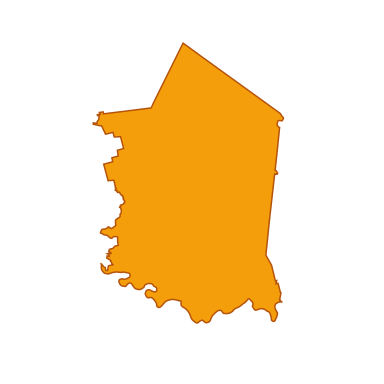 the district of Camargo, Tamaulipas, Mexico, rotated 165°
{"feature_id": "50627088B36916974246303", "entity_name": "Camargo", "entity_type": "district", "adm_level": 2, "iso_a3": "MEX", "parent_name": "Mexico", "parent_adm1": "Tamaulipas", "projection": "orthographic", "projection_center": [-98.799, 26.181], "detail": "fine", "context": "isolated", "style": "filled", "palette": "amber", "viewbox_px": 384, "rotation_deg": 165, "n_neighbors": 0, "source": "geoboundaries", "source_scale": "gbopen_adm2", "svg_char_len": 5952}
<svg xmlns="http://www.w3.org/2000/svg" viewBox="0 0 384 384"><g transform="rotate(165 192 192)"><path d="M162.1,338.1L206.3,287.9L208.2,285.5L209.9,283.8L257.3,290.4L257.0,292.3L260.9,292.8L260.5,290.8L263.4,291.2L263.5,290.3L262.6,290.3L261.9,289.7L262.6,288.4L262.7,287.4L263.1,286.6L264.0,285.6L264.4,285.3L265.5,284.4L265.9,283.0L267.3,283.4L269.5,284.3L269.8,283.0L264.3,280.1L262.2,279.2L260.5,270.2L252.9,270.0L252.9,265.3L246.7,263.9L246.8,251.7L253.3,251.6L254.0,245.8L260.5,245.8L260.8,241.7L270.1,241.7L270.1,224.5L269.3,224.5L264.5,223.6L264.5,220.5L264.7,217.0L264.9,216.5L264.8,215.8L264.4,215.7L264.4,215.3L265.2,214.5L265.6,213.9L265.7,213.5L265.4,213.3L265.2,213.2L264.7,213.3L264.3,213.3L264.1,213.1L264.2,212.8L264.4,212.6L264.5,212.0L264.2,211.4L263.9,210.7L263.5,210.7L263.2,210.8L262.8,210.8L262.0,210.4L261.8,209.8L261.9,209.4L261.9,208.9L261.5,208.6L261.3,207.9L261.2,207.4L260.7,206.8L260.0,206.6L259.9,206.3L260.1,205.5L259.8,205.0L259.9,204.8L260.1,204.6L260.1,204.4L259.8,204.2L259.7,203.9L259.8,203.6L260.1,203.4L260.2,203.0L260.2,202.5L260.2,202.2L259.4,201.4L259.3,201.1L259.4,200.6L259.7,200.2L259.8,199.8L259.7,199.6L259.7,199.1L260.1,199.0L260.4,199.1L260.7,199.0L261.0,198.5L261.6,198.1L262.4,197.8L263.5,197.9L264.3,197.8L264.6,197.6L264.4,197.2L264.4,196.9L264.6,196.6L265.3,196.4L265.7,196.3L265.9,196.1L265.0,194.9L265.0,194.4L265.2,191.6L266.1,189.8L267.3,189.1L267.6,187.3L268.2,186.6L272.8,184.9L273.3,184.2L273.9,182.1L274.1,180.0L274.3,179.5L277.7,177.9L279.7,177.7L280.1,178.0L281.2,179.7L282.0,180.0L283.0,179.3L284.8,178.8L285.6,178.8L288.4,179.2L289.0,178.9L290.8,176.7L291.0,176.1L290.5,175.6L290.0,175.5L288.8,174.3L288.1,173.4L285.8,172.5L285.1,171.9L284.5,171.1L284.0,170.4L283.5,169.4L282.6,168.5L281.8,168.1L281.3,168.1L280.8,168.4L280.5,168.8L280.0,169.0L279.5,169.1L276.4,168.5L275.9,168.3L275.6,168.0L275.5,167.7L276.5,164.0L277.0,160.5L277.0,159.6L280.4,159.7L283.1,158.0L286.6,158.0L288.0,155.7L286.0,154.5L286.3,153.5L289.7,154.2L288.9,153.3L288.6,152.3L288.5,151.4L288.5,151.2L290.6,152.2L291.4,150.1L290.4,149.3L290.1,149.1L290.0,148.8L289.7,148.3L289.4,148.1L288.5,147.2L288.1,146.4L288.5,146.1L288.0,144.8L287.9,143.5L287.7,142.8L287.2,142.3L287.6,142.0L288.1,142.5L288.3,142.5L289.2,142.2L290.7,142.4L291.8,142.3L294.0,137.9L295.7,138.6L295.3,141.5L296.0,141.9L296.4,142.3L297.6,144.8L297.9,145.8L298.3,146.1L298.3,145.4L298.6,144.3L299.1,142.8L299.3,141.9L299.4,141.2L299.2,139.5L298.6,137.9L297.8,136.6L297.3,136.1L296.5,135.6L295.5,135.1L294.3,134.7L293.3,134.5L291.4,134.7L289.8,134.8L286.9,134.5L285.3,134.2L283.3,133.4L281.1,132.6L279.8,132.5L278.6,132.3L274.1,130.1L273.6,129.5L273.3,129.0L273.3,128.6L273.3,127.9L273.4,127.3L273.7,126.7L274.0,126.3L274.4,126.0L275.2,125.7L277.8,125.1L279.2,125.1L280.1,125.3L281.8,126.2L282.8,126.3L283.9,126.3L284.7,126.1L285.3,125.6L285.7,124.9L285.9,124.1L285.7,123.4L285.4,121.4L285.0,120.6L284.7,120.1L284.2,119.6L283.4,119.1L282.3,118.7L281.2,118.1L280.7,118.1L280.1,118.2L278.8,119.2L277.2,120.1L275.9,120.3L275.4,120.2L274.8,119.8L274.0,118.8L273.4,117.0L273.0,115.8L272.4,114.3L271.9,113.6L271.2,112.9L268.4,111.4L267.1,111.3L265.2,111.5L262.9,112.6L262.6,112.8L262.3,113.6L261.5,114.3L260.7,114.6L259.9,114.8L258.9,114.9L257.8,114.9L255.5,114.2L254.4,113.5L253.7,112.4L253.4,111.2L252.8,110.5L251.8,109.7L251.3,109.0L251.0,108.3L251.1,107.5L251.9,105.5L252.4,105.1L253.3,105.0L254.5,105.4L255.9,106.4L257.3,107.6L258.3,108.5L258.9,108.8L259.8,108.9L260.8,108.8L261.5,108.6L262.2,108.0L262.5,107.6L263.2,106.4L263.5,105.8L263.5,105.0L263.3,103.5L262.7,102.1L262.3,101.5L261.6,101.1L260.9,101.0L259.6,101.0L258.5,100.5L257.5,99.4L256.7,98.1L255.8,96.0L255.2,94.0L255.1,93.3L255.2,92.7L255.5,91.5L255.5,91.0L255.2,90.2L254.8,89.7L254.5,89.3L254.1,89.1L253.4,89.0L252.7,89.0L251.0,89.7L246.7,92.6L246.0,92.9L243.5,93.6L242.3,93.6L239.9,93.5L238.8,93.4L235.9,92.2L234.3,91.4L233.6,91.1L233.0,90.3L232.6,90.1L232.1,90.2L231.6,90.1L230.9,89.4L230.8,89.1L230.8,88.6L231.4,87.6L231.6,87.0L231.7,86.2L231.7,85.5L231.6,84.9L230.8,83.5L228.6,81.2L227.9,80.1L226.8,78.1L225.9,75.1L225.7,74.1L225.6,72.1L225.4,70.3L225.0,69.0L224.6,68.2L222.8,65.6L221.9,64.7L221.4,64.4L220.9,64.2L220.5,64.1L219.8,64.3L217.4,65.4L216.0,65.6L215.3,65.5L214.9,65.3L214.5,64.8L214.3,64.3L213.1,62.7L212.5,62.2L212.0,62.0L211.4,61.9L209.3,62.1L208.7,62.3L208.0,62.8L207.3,63.5L206.6,64.6L204.9,66.7L204.2,67.3L201.0,69.2L198.4,70.4L197.4,70.6L195.9,70.5L195.2,70.4L194.5,70.0L194.2,69.6L193.5,67.6L193.3,67.1L192.7,66.5L189.8,65.5L187.8,65.3L186.8,65.3L185.7,65.6L183.8,66.2L181.8,67.6L180.6,68.1L179.2,68.4L176.5,68.8L174.0,69.7L172.2,70.6L169.3,71.6L168.0,72.4L166.0,73.7L165.5,74.1L165.1,74.3L164.4,74.0L164.0,73.5L163.7,72.9L163.3,72.1L162.6,70.9L162.2,70.1L162.0,68.8L162.1,67.7L163.0,66.6L163.1,66.4L163.2,65.9L163.1,65.1L162.8,64.5L162.2,62.4L161.9,61.9L161.0,61.3L160.7,61.3L159.2,61.3L157.3,61.6L155.7,61.5L154.2,61.0L153.5,60.6L152.5,60.0L151.3,58.8L150.2,57.3L149.1,56.7L148.5,55.8L148.0,54.3L148.0,53.4L148.0,51.9L147.9,50.2L148.3,48.4L148.4,47.7L148.1,47.2L147.7,46.6L146.9,46.0L146.4,45.9L145.9,45.9L145.0,46.4L144.0,47.8L142.9,48.9L142.0,50.3L141.1,52.0L140.8,52.9L140.8,53.5L141.6,56.3L141.8,58.0L141.8,58.8L141.6,59.9L141.3,60.7L140.4,62.0L139.6,62.5L138.8,62.7L137.4,63.0L136.2,63.1L135.3,63.0L134.4,62.8L133.3,62.2L134.1,63.1L135.0,63.9L134.6,64.6L135.4,65.0L132.4,71.0L132.2,71.8L132.6,72.0L132.5,80.9L132.6,81.0L132.6,81.6L134.7,81.6L133.1,84.6L134.5,84.6L134.1,100.7L137.0,111.9L124.5,144.7L107.5,188.0L107.2,187.7L106.6,187.4L106.0,187.6L105.5,187.2L104.8,187.3L104.6,187.5L104.4,188.2L104.6,188.4L105.0,190.1L105.3,190.9L105.6,191.2L106.1,191.5L100.9,204.8L90.7,231.6L91.5,232.3L92.0,233.2L92.4,234.8L92.2,235.5L90.9,238.2L90.4,238.4L89.7,238.5L88.6,238.3L87.1,237.6L86.6,237.5L86.0,237.9L85.1,238.8L84.6,239.6L84.6,240.4L85.6,242.2L86.3,244.9L147.9,320.5L150.5,323.8L162.1,338.1Z" fill="#f59e0b" stroke="#b45309" stroke-width="1.5"/></g></svg>